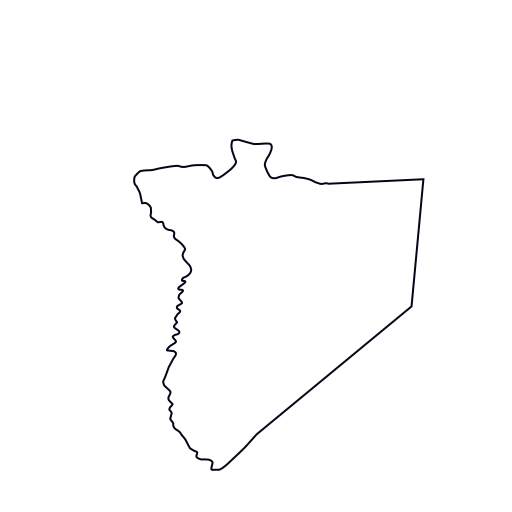 San Vicente Centenario, Santa Bárbara, Honduras (Equal Earth projection), rotated 229°
{"feature_id": "27666195B10024798844704", "entity_name": "San Vicente Centenario", "entity_type": "district", "adm_level": 2, "iso_a3": "HND", "parent_name": "Honduras", "parent_adm1": "Santa Bárbara", "projection": "equal_earth", "projection_center": [-88.287, 14.884], "detail": "fine", "context": "isolated", "style": "outline", "palette": "ink", "viewbox_px": 512, "rotation_deg": 229, "n_neighbors": 0, "source": "geoboundaries", "source_scale": "gbopen_adm2", "svg_char_len": 6062}
<svg xmlns="http://www.w3.org/2000/svg" viewBox="0 0 512 512"><g transform="rotate(229 256 256)"><path d="M160.6,81.5L154.5,80.1L154.1,80.1L152.3,80.6L149.2,81.7L147.2,82.8L146.6,82.9L146.3,82.8L145.7,82.1L145.3,81.5L144.6,80.4L144.3,79.9L143.9,79.6L143.4,79.3L143.1,79.3L142.4,79.3L141.9,79.4L139.8,80.3L138.5,81.1L137.8,81.8L136.5,83.5L135.4,84.6L134.2,85.9L133.0,86.9L132.3,87.3L131.7,87.6L131.0,87.8L130.2,88.0L129.1,87.9L128.5,87.7L127.3,86.1L125.6,83.7L125.0,82.9L124.7,82.7L124.3,82.5L124.0,82.4L123.7,82.5L123.3,82.7L120.2,86.5L119.2,87.4L119.0,87.8L118.8,88.1L118.5,89.1L118.0,91.5L117.8,94.0L117.7,97.9L118.5,117.1L118.9,122.8L120.1,132.7L121.0,139.5L115.9,340.3L204.1,432.7L263.0,358.1L264.2,357.3L264.7,356.9L265.2,356.3L265.8,355.4L266.7,353.7L267.4,352.7L267.9,352.2L268.4,351.8L272.4,349.4L274.1,348.7L277.0,347.5L279.1,346.4L282.1,344.3L283.8,343.0L284.9,342.0L286.9,340.2L288.7,338.7L289.6,338.1L290.2,337.8L292.3,337.0L292.9,336.6L293.6,336.1L294.1,335.5L294.6,334.9L296.0,333.0L298.0,329.8L298.8,328.5L299.6,327.0L300.3,325.5L301.1,323.5L301.6,322.3L302.1,321.6L302.8,320.7L303.3,320.2L303.8,319.7L304.9,319.1L305.8,318.8L306.9,318.7L308.4,318.9L312.3,319.8L315.0,320.7L317.5,321.6L318.8,322.3L319.4,322.9L320.0,323.5L320.7,324.7L321.5,326.1L322.4,328.2L323.4,331.5L324.2,333.6L325.2,335.6L326.2,337.4L327.2,338.7L327.9,339.4L328.3,339.7L329.3,340.2L330.4,340.4L331.1,340.3L331.9,339.9L332.9,338.9L333.8,337.9L334.9,336.7L338.2,332.3L340.3,329.7L341.4,328.4L342.1,327.8L343.0,327.1L348.2,323.6L355.0,319.2L355.8,318.4L357.0,316.7L357.8,315.4L358.6,314.0L357.9,312.8L357.2,311.8L356.3,310.7L355.3,309.8L354.3,309.0L353.5,308.5L350.9,307.0L349.7,306.5L344.2,304.2L341.6,303.4L340.6,303.0L340.2,302.7L339.8,302.3L339.5,301.9L339.2,301.2L338.7,299.9L338.4,298.5L338.1,295.7L338.0,293.1L338.2,288.7L338.5,284.2L338.9,281.5L339.1,280.3L339.4,279.3L339.7,278.8L340.0,278.2L340.3,277.8L340.8,277.4L341.7,276.9L342.2,276.8L343.0,276.7L344.1,276.7L345.4,276.9L346.3,277.3L347.7,278.1L349.1,278.5L351.2,278.7L352.8,278.8L354.5,278.7L355.9,278.5L356.8,278.2L357.6,277.5L360.2,274.8L363.7,270.6L365.9,267.7L367.1,265.7L369.1,262.1L369.9,260.8L370.9,259.6L371.6,258.8L372.4,258.1L373.2,257.6L374.5,256.8L375.4,256.0L376.3,255.0L377.9,252.8L379.9,249.8L384.0,243.1L386.0,239.7L388.0,235.7L389.4,233.5L390.4,232.1L393.3,228.5L394.4,226.9L395.4,225.4L395.9,224.4L396.1,223.6L396.1,221.5L395.9,219.5L395.7,217.6L395.5,216.7L395.1,216.0L394.4,215.0L393.4,214.0L392.1,212.9L391.3,212.4L390.7,212.1L389.9,211.8L388.9,211.6L387.9,211.5L387.0,211.7L386.5,211.6L384.4,210.9L381.9,210.4L380.3,209.9L379.1,209.4L378.0,208.8L373.0,206.0L370.6,204.7L370.3,204.9L369.7,205.8L368.7,207.2L368.5,207.4L368.2,207.6L366.9,208.2L365.2,208.6L364.1,208.7L362.8,208.6L361.7,208.4L361.4,208.3L357.7,205.4L357.2,204.8L356.4,203.6L355.6,202.9L355.1,202.6L354.5,202.4L353.9,202.3L353.2,202.4L352.1,202.6L350.1,203.3L347.6,203.7L346.0,204.0L345.7,204.2L345.3,204.8L343.7,207.2L343.4,207.4L343.1,207.6L342.3,207.6L341.7,207.5L341.1,207.2L340.0,206.5L338.6,206.0L337.6,205.8L336.6,205.8L335.2,206.1L333.7,206.8L332.9,207.3L331.3,208.7L330.0,209.4L329.1,209.7L328.4,209.9L328.0,209.9L327.5,209.7L326.9,209.3L326.1,208.5L325.3,207.5L324.8,207.0L323.9,206.5L323.0,206.3L322.1,206.3L321.3,206.4L320.5,206.6L318.6,207.1L316.9,207.4L314.7,207.7L311.5,207.8L309.8,207.6L308.5,207.4L307.8,207.1L307.5,206.8L307.3,206.5L307.1,206.0L306.8,204.9L305.9,202.8L305.1,201.5L304.6,201.0L303.3,200.3L301.4,199.6L300.7,199.5L297.0,199.5L293.0,199.7L292.0,199.6L290.6,199.3L288.9,198.5L288.3,198.2L287.8,197.7L287.4,197.2L287.0,196.6L286.7,196.0L286.4,195.4L286.1,193.6L286.0,192.4L286.2,190.6L286.4,189.3L287.0,187.8L287.2,186.8L287.2,186.2L287.1,185.7L286.9,184.9L286.6,184.5L286.3,184.2L285.9,184.1L285.4,184.2L285.2,184.4L284.6,185.1L284.0,185.6L283.6,185.8L283.3,185.9L283.1,185.9L282.9,185.7L282.7,185.4L282.6,185.1L282.5,184.4L282.7,181.5L283.0,177.7L282.9,176.8L282.6,176.1L282.3,175.9L282.0,175.8L281.7,175.7L281.4,175.8L280.5,176.5L279.6,177.4L279.1,177.8L278.4,178.2L278.1,178.3L277.9,178.2L277.7,178.1L277.5,177.8L277.3,176.9L277.2,173.4L277.1,172.9L276.9,172.3L276.3,171.4L275.7,170.6L275.2,170.0L274.8,169.9L273.9,169.8L272.3,169.8L270.6,169.9L269.7,169.7L269.1,169.4L269.0,169.2L269.0,168.2L269.8,164.2L269.8,163.6L269.6,163.0L269.4,162.8L269.0,162.5L268.2,162.1L267.5,162.2L265.8,162.7L265.0,162.8L264.3,162.7L264.0,162.5L263.7,161.9L263.5,161.1L263.5,160.0L263.6,158.9L263.5,158.6L263.0,157.0L262.6,155.2L262.4,154.5L261.9,153.8L261.4,153.5L259.6,153.1L258.2,153.1L257.8,152.9L257.7,152.5L257.5,151.7L257.3,149.7L257.1,148.9L256.9,148.2L256.6,147.8L256.3,147.6L255.8,147.5L254.6,147.5L253.9,147.6L253.1,148.0L252.4,148.1L251.2,148.4L250.3,148.6L249.6,148.5L249.2,148.4L248.8,148.2L248.6,148.0L248.4,147.6L248.3,147.2L248.2,146.7L248.3,146.2L248.4,145.6L248.6,145.0L249.4,143.6L249.7,142.7L249.9,141.5L249.9,140.6L249.7,140.2L249.0,139.9L248.0,139.8L245.2,139.8L244.4,139.7L244.0,139.5L243.7,139.1L243.6,138.4L243.6,137.4L243.9,135.7L244.2,133.8L244.4,132.5L244.4,131.2L244.4,130.7L244.1,128.6L243.8,127.7L243.6,127.3L243.4,127.1L243.2,127.1L242.9,127.1L242.7,127.3L241.9,128.1L240.5,129.3L239.1,130.7L238.5,131.3L238.0,131.5L236.8,131.9L235.9,132.0L235.1,131.8L234.8,131.5L234.5,131.2L234.0,130.5L233.5,129.3L232.9,126.6L230.2,119.6L229.5,117.4L229.0,116.6L227.2,113.4L224.3,108.1L222.7,104.6L222.3,103.8L221.9,103.4L221.3,103.0L220.4,102.5L219.0,102.0L218.1,101.8L211.6,102.5L210.2,102.5L209.5,102.2L208.9,101.7L208.3,100.8L207.4,98.7L206.7,97.1L205.8,96.3L204.9,95.8L204.3,95.7L201.5,95.7L199.6,95.9L199.2,95.9L198.9,95.7L198.7,95.3L198.5,94.7L198.4,94.2L198.4,93.0L198.1,91.9L197.7,90.8L197.2,90.1L196.8,89.8L196.5,89.7L195.0,89.8L193.7,89.6L192.8,89.4L190.7,86.4L189.7,84.8L189.4,84.5L189.0,84.3L188.2,84.1L186.6,84.1L185.4,84.0L184.0,83.7L183.6,83.5L182.8,82.7L182.3,82.3L181.3,81.9L180.2,81.6L179.4,81.6L178.4,81.7L177.6,81.8L175.4,82.5L174.4,82.7L173.1,82.9L172.2,82.9L170.0,82.5L167.0,82.5L164.0,82.3L162.9,82.1L160.6,81.5Z" fill="none" stroke="#020617" stroke-width="2"/></g></svg>